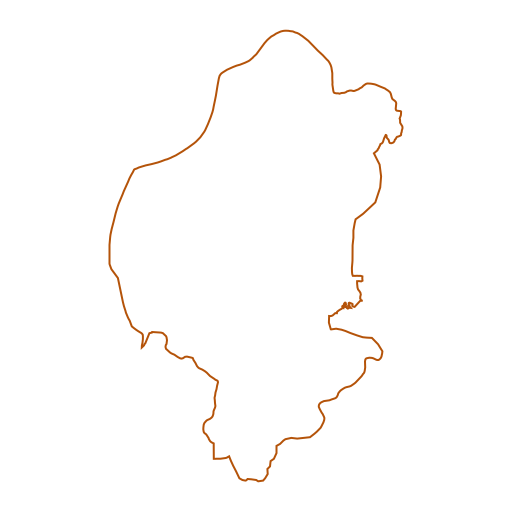 the district of Kota Samarinda, Kalimantan Timur, Indonesia
{"feature_id": "22746128B87893249930832", "entity_name": "Kota Samarinda", "entity_type": "district", "adm_level": 2, "iso_a3": "IDN", "parent_name": "Indonesia", "parent_adm1": "Kalimantan Timur", "projection": "mercator", "projection_center": [117.219, -0.51], "detail": "fine", "context": "isolated", "style": "outline", "palette": "amber", "viewbox_px": 512, "rotation_deg": 0, "n_neighbors": 0, "source": "geoboundaries", "source_scale": "gbopen_adm2", "svg_char_len": 6030}
<svg xmlns="http://www.w3.org/2000/svg" viewBox="0 0 512 512"><path d="M328.9,322.5L329.1,317.0L329.1,316.0L330.0,316.1L331.6,315.9L332.7,315.4L335.3,313.1L336.9,313.2L337.1,311.8L338.6,310.6L340.6,309.3L341.4,309.0L342.3,307.9L342.6,308.2L343.1,308.2L342.8,307.6L343.0,307.3L343.4,306.9L342.7,306.8L342.3,306.3L342.5,306.0L343.0,305.8L343.7,306.0L344.1,305.9L344.2,305.3L343.8,304.9L344.1,303.7L344.8,302.8L345.1,302.6L345.6,302.8L345.7,303.2L345.6,304.0L346.0,304.2L346.0,304.7L345.6,305.7L344.7,307.0L344.9,307.1L345.5,307.1L346.8,306.8L347.0,308.1L347.8,308.6L348.5,308.3L348.9,307.8L349.4,307.7L350.8,307.9L350.3,307.2L349.0,306.4L348.7,306.0L348.5,305.6L349.1,305.4L349.4,305.1L349.0,304.8L348.6,304.0L348.7,303.4L348.9,302.9L349.5,302.7L352.0,303.7L352.6,304.2L352.3,305.8L352.9,306.5L354.6,306.9L360.3,300.7L362.3,300.8L362.6,300.8L361.2,300.3L360.2,298.5L360.3,296.5L360.8,294.6L360.4,292.7L359.3,291.0L358.1,289.5L357.5,287.6L357.1,283.4L357.1,281.2L358.9,281.1L361.2,281.4L362.5,280.7L362.3,278.5L362.4,276.4L360.8,275.9L356.7,275.8L354.6,275.9L352.8,275.8L352.2,274.0L352.0,271.9L351.9,268.0L352.4,262.1L352.5,260.2L352.6,245.2L353.4,237.9L353.4,230.5L354.7,223.1L355.6,219.3L363.2,213.7L375.3,202.4L380.2,187.5L381.1,176.4L379.6,164.6L373.9,153.3L377.5,150.3L377.7,149.4L378.6,148.4L379.0,147.3L380.0,145.4L380.4,144.1L381.8,143.4L382.5,142.7L383.0,141.8L384.1,138.3L385.7,135.0L386.2,135.1L386.5,135.5L386.7,137.5L387.2,138.3L388.3,139.4L388.6,139.8L389.3,142.2L389.6,142.7L389.9,143.0L390.9,143.2L391.4,143.2L392.4,142.9L393.3,142.5L394.0,141.8L394.5,141.0L394.9,139.6L395.2,139.5L395.7,139.0L396.5,137.4L397.1,136.8L398.4,136.5L399.8,135.9L400.7,135.4L401.0,135.1L401.1,134.6L401.1,133.6L401.2,133.1L401.6,132.2L401.9,130.2L402.4,128.7L402.5,127.8L402.4,126.8L402.3,126.3L400.2,122.9L400.1,122.4L400.1,120.9L400.0,119.9L400.0,119.4L399.6,118.6L400.8,115.5L401.0,113.9L401.1,111.7L400.7,111.2L400.2,111.1L396.9,110.7L396.4,110.4L396.0,110.0L395.7,108.9L396.2,103.7L396.2,103.2L396.0,102.4L395.7,101.8L395.2,101.2L394.6,100.7L392.5,99.1L392.2,98.6L391.7,97.3L390.8,93.8L390.0,92.2L388.1,90.6L386.2,89.4L384.8,88.4L380.5,86.7L375.8,84.7L374.5,84.3L371.8,83.8L370.1,83.6L367.3,83.5L366.3,83.8L365.8,84.0L363.5,85.6L361.8,87.3L359.5,88.5L358.7,89.2L354.5,90.9L353.3,91.0L351.1,90.5L349.9,90.5L347.0,91.4L345.9,92.2L344.3,92.8L341.5,93.0L339.5,93.7L338.5,93.4L337.1,93.3L336.1,93.3L334.3,92.9L333.7,92.2L333.3,90.8L332.4,84.6L332.5,82.5L332.3,78.9L332.3,73.1L331.4,67.4L330.8,65.5L330.5,64.7L329.3,62.4L328.2,60.8L326.8,59.5L322.8,55.2L317.8,50.6L308.3,40.8L302.3,36.1L300.3,34.8L299.2,34.0L297.2,33.0L295.3,32.5L293.3,31.6L292.7,31.4L290.0,31.1L288.4,30.8L285.3,30.7L283.2,30.9L281.1,31.4L279.8,31.9L276.1,33.6L273.9,35.1L271.3,36.5L268.5,38.9L267.1,40.2L264.4,43.3L256.3,54.3L253.4,56.9L253.0,57.5L250.7,59.5L249.5,60.5L248.1,61.3L245.1,62.7L240.0,64.7L236.7,65.6L233.1,67.0L227.1,69.7L222.8,72.4L221.4,73.4L220.6,74.3L219.6,75.8L218.9,78.2L217.5,85.7L215.9,95.7L214.9,100.7L213.8,105.9L213.1,109.6L212.4,112.2L210.6,117.4L207.9,124.2L205.2,130.1L204.3,131.7L200.3,137.3L196.1,141.6L194.2,143.2L190.5,145.9L187.2,148.3L186.1,148.9L182.6,151.3L175.8,155.4L171.9,157.2L171.2,157.6L167.4,159.2L165.2,159.8L161.0,161.4L157.7,162.5L151.6,164.1L145.7,165.4L141.7,166.6L138.8,167.5L136.5,168.6L134.9,169.1L134.1,169.6L132.9,172.1L131.2,175.0L129.4,178.5L128.1,181.7L123.8,191.2L122.7,194.1L118.8,203.4L117.7,206.5L115.7,213.1L113.5,222.1L111.7,228.9L110.5,234.6L110.2,236.9L109.5,244.9L109.5,263.7L109.7,264.6L111.4,269.2L117.9,278.0L122.9,302.0L123.9,306.0L125.5,311.0L125.9,312.6L127.9,317.4L128.8,319.2L129.7,320.7L131.8,326.4L133.9,328.1L136.3,329.9L138.4,331.3L141.4,333.1L142.1,333.8L142.7,334.6L142.9,336.1L142.9,339.1L142.5,342.6L141.9,345.5L141.8,347.5L144.0,345.4L144.6,344.0L145.3,343.3L149.4,333.2L151.9,332.6L152.1,332.0L161.0,332.6L162.8,333.1L166.0,336.1L166.5,337.2L167.0,340.2L166.5,344.0L165.8,345.1L165.5,346.9L166.0,348.8L169.9,352.4L171.4,353.4L174.4,354.7L177.7,357.0L180.1,358.3L181.4,358.6L182.8,358.3L185.1,356.8L187.0,356.6L191.8,357.7L192.8,358.1L193.5,360.0L195.4,362.9L197.0,366.1L198.3,367.6L199.1,368.2L202.3,369.6L204.9,371.2L206.8,372.7L210.0,376.0L214.5,379.0L215.3,379.7L217.1,380.5L217.8,381.2L218.0,382.3L217.6,383.8L217.1,385.7L216.5,389.2L215.5,392.5L215.1,395.5L214.6,397.5L214.6,398.5L214.8,400.0L215.0,403.0L215.4,406.0L215.2,407.0L214.9,407.9L213.7,410.7L213.5,411.6L213.4,413.6L213.2,414.6L212.5,416.5L211.5,417.7L209.9,418.9L207.2,420.1L206.4,420.7L204.7,422.6L204.2,423.4L203.7,424.8L203.4,427.3L203.3,429.3L203.6,431.3L203.9,432.3L204.2,432.7L204.5,433.1L206.1,434.3L206.7,435.1L208.6,438.1L208.8,438.9L209.3,439.8L210.1,441.1L210.8,441.8L212.0,442.6L213.7,443.4L213.8,458.8L220.7,458.7L225.7,458.0L226.7,457.7L229.1,456.3L230.9,460.8L233.2,465.8L236.1,471.4L239.4,478.3L242.4,480.0L245.4,480.6L246.3,480.3L247.6,479.0L251.3,479.3L256.2,480.0L258.2,481.3L263.1,480.6L265.1,478.3L267.7,474.0L267.4,469.0L270.0,466.4L270.6,461.1L273.9,458.8L276.5,453.1L276.5,445.9L280.1,443.9L283.4,440.6L285.4,439.2L291.3,437.9L297.2,438.6L310.0,437.2L314.5,433.7L316.8,431.7L320.6,427.8L321.4,426.4L323.4,422.4L324.2,420.0L324.4,418.0L323.9,416.6L322.6,413.9L321.7,412.7L319.8,409.2L318.8,406.9L318.8,405.9L319.0,404.9L319.2,404.4L320.1,403.2L321.3,402.3L323.9,401.1L329.4,400.3L331.7,399.4L334.5,398.5L335.5,398.1L336.3,397.5L336.9,396.8L337.8,395.0L338.2,393.5L338.7,392.7L340.0,391.1L341.1,390.1L343.2,388.7L344.9,387.7L346.3,387.2L349.7,386.4L351.1,385.8L354.4,383.5L355.5,382.6L361.4,376.4L362.3,375.2L362.8,374.3L363.8,373.2L364.3,372.3L364.7,370.9L365.2,367.4L365.0,361.4L365.4,359.4L366.0,358.6L366.9,358.2L369.4,357.7L371.9,357.9L373.3,358.3L376.4,359.8L377.4,360.0L378.4,360.0L378.9,359.8L380.0,358.9L380.7,358.1L381.2,357.2L381.7,355.8L381.7,355.3L382.1,353.8L382.4,351.3L378.1,344.3L371.9,337.9L366.4,337.6L362.7,337.2L357.0,335.4L350.3,333.0L345.5,331.0L341.5,329.7L336.1,328.7L331.2,329.4L330.8,329.3L329.0,323.0L328.9,322.5Z" fill="none" stroke="#b45309" stroke-width="2"/></svg>